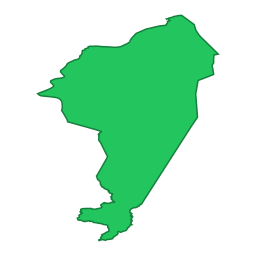 the district of Eyjafjarðarsveit, Norðurland eystra, Iceland
{"feature_id": "244011B64056494481770", "entity_name": "Eyjafjarðarsveit", "entity_type": "district", "adm_level": 2, "iso_a3": "ISL", "parent_name": "Iceland", "parent_adm1": "Norðurland eystra", "projection": "equal_earth", "projection_center": [-18.286, 65.228], "detail": "fine", "context": "isolated", "style": "filled", "palette": "green", "viewbox_px": 256, "rotation_deg": 0, "n_neighbors": 0, "source": "geoboundaries", "source_scale": "gbopen_adm2", "svg_char_len": 5650}
<svg xmlns="http://www.w3.org/2000/svg" viewBox="0 0 256 256"><path d="M77.9,219.7L79.1,220.3L80.0,220.2L81.3,220.3L82.3,220.9L83.4,221.2L83.7,221.4L84.4,221.5L85.7,221.5L86.0,221.3L86.9,221.1L88.1,221.0L88.7,220.8L89.1,220.8L89.5,220.9L89.6,221.3L89.8,221.4L90.7,221.4L91.2,221.3L92.5,221.4L92.7,221.5L92.7,221.8L93.0,222.1L93.8,222.5L96.3,222.7L98.5,223.4L100.8,223.3L101.0,223.4L101.0,223.6L101.5,223.9L102.6,224.1L103.4,224.3L103.8,224.6L104.2,224.7L104.8,224.6L105.7,224.7L106.1,224.9L107.1,225.0L107.6,225.4L107.8,226.4L107.7,227.0L107.7,227.4L108.1,227.8L108.9,229.1L108.9,230.2L108.7,230.6L108.7,231.3L108.4,231.6L107.8,231.8L106.4,232.2L105.5,232.8L105.0,233.2L103.3,234.1L101.9,234.7L102.2,235.0L101.9,235.1L101.9,235.5L102.0,235.7L102.0,235.8L102.1,236.0L101.2,236.6L101.2,236.8L101.0,237.3L100.7,237.6L100.6,238.1L100.8,238.5L101.1,238.7L101.1,238.9L101.0,239.1L100.6,239.3L100.1,239.4L99.8,239.6L99.1,239.7L98.9,239.8L98.7,240.0L99.2,240.6L99.5,240.3L99.9,240.2L101.3,239.9L102.4,239.6L103.1,239.6L103.9,240.0L104.7,240.0L105.1,240.2L105.5,240.3L106.8,239.6L111.7,239.0L111.9,238.8L112.7,238.6L112.9,238.3L113.1,237.5L113.7,237.0L114.6,236.5L115.6,235.6L117.1,234.7L117.6,234.3L117.9,233.7L118.0,232.9L117.6,232.0L117.7,231.8L118.0,231.7L119.1,231.6L120.2,232.2L121.2,232.2L121.9,231.9L122.3,231.6L122.6,231.4L125.7,230.6L126.3,230.3L127.3,228.9L127.6,228.5L127.6,227.8L127.7,227.6L129.0,227.0L129.1,226.6L129.2,226.4L129.7,226.1L129.9,225.5L130.0,225.3L130.7,225.0L131.8,224.7L131.0,224.2L131.2,223.7L131.0,223.4L131.1,223.0L130.9,222.8L130.8,222.5L131.5,221.9L131.2,221.5L131.2,221.3L132.1,220.9L132.2,220.7L131.7,220.2L130.9,219.7L131.5,219.4L131.6,218.4L131.5,217.8L132.2,217.6L132.3,217.2L132.6,216.9L131.9,216.5L130.6,216.2L130.6,215.7L131.7,215.3L131.3,214.9L130.8,214.6L131.0,214.1L131.8,213.8L131.9,213.6L131.4,213.2L129.9,212.6L129.7,212.3L129.7,211.4L130.0,211.1L129.8,210.9L129.8,210.7L130.1,210.4L130.1,209.8L130.3,209.5L130.7,209.2L131.3,209.0L131.5,208.8L132.8,208.2L133.4,207.8L133.9,207.7L135.8,207.6L137.1,207.1L137.8,206.5L138.8,206.3L139.8,205.2L139.6,205.0L139.7,204.8L140.5,204.3L141.4,204.2L191.2,126.5L194.3,121.9L197.5,117.3L195.7,93.9L198.1,80.5L213.6,74.5L213.6,73.9L212.7,68.4L212.1,65.6L212.1,65.1L213.2,63.7L213.6,62.9L213.7,62.4L213.8,61.8L213.5,61.1L213.9,55.0L218.3,54.1L200.2,36.4L199.0,35.0L195.8,30.1L194.2,24.6L181.7,15.4L178.9,15.5L174.7,16.4L173.2,16.6L172.8,17.1L172.5,17.3L170.6,17.6L169.4,18.1L168.7,18.1L168.6,18.3L167.8,18.7L167.0,18.9L166.4,18.9L166.5,19.1L167.9,18.8L168.9,19.6L169.9,20.6L169.6,20.7L169.6,20.8L169.4,21.0L168.7,20.9L168.6,21.1L168.1,21.1L167.4,21.4L167.6,22.0L167.4,23.3L166.6,23.9L166.6,24.3L166.5,24.5L165.9,24.9L165.7,25.1L165.7,25.3L159.3,26.0L146.1,29.1L136.2,33.4L132.1,37.7L131.4,38.7L130.5,39.9L130.2,40.4L129.8,41.7L129.6,42.1L127.0,43.8L124.6,44.8L121.2,46.5L119.2,46.9L117.4,47.2L114.0,47.3L107.4,46.8L103.5,46.7L98.3,46.3L97.0,46.1L94.0,46.2L92.7,46.4L91.1,46.2L89.3,46.4L88.1,46.8L88.0,47.1L88.2,47.5L88.1,48.0L85.6,48.6L84.9,49.0L85.0,49.9L83.1,50.3L82.5,50.5L82.2,51.0L82.3,51.7L82.2,52.8L81.7,54.0L80.7,55.5L80.0,55.8L79.8,56.0L79.7,56.4L79.9,57.2L79.5,57.9L79.0,58.4L78.1,59.1L77.6,59.3L74.4,60.1L72.5,61.0L69.8,62.2L67.7,63.4L67.0,64.2L66.2,65.7L66.0,66.1L63.7,68.2L60.8,70.4L60.6,70.8L60.5,71.3L60.8,72.2L61.3,72.9L64.4,76.1L64.5,76.7L64.2,77.0L62.9,77.6L61.5,78.0L55.5,78.8L54.0,79.3L52.3,80.1L51.4,80.4L50.8,80.8L50.6,81.2L50.5,81.8L50.7,82.5L52.3,84.0L53.2,84.9L53.7,86.0L53.5,86.5L51.3,88.0L49.2,89.1L45.6,90.6L40.5,92.5L37.7,93.7L39.4,95.1L40.0,95.4L40.7,95.7L42.9,96.0L50.9,96.8L55.8,97.5L56.9,97.7L58.4,98.3L59.3,98.7L60.2,99.4L61.7,101.5L62.0,102.4L62.2,105.4L62.3,106.9L62.0,109.5L61.6,110.5L63.3,113.0L67.2,119.8L67.6,121.8L96.3,129.8L100.6,131.2L101.0,131.3L101.4,131.8L101.2,132.1L100.5,132.3L99.8,132.8L98.7,133.8L98.4,134.3L99.3,134.7L99.3,134.9L99.3,135.1L98.8,135.5L98.8,140.4L100.6,142.7L107.6,156.8L96.9,175.6L96.5,176.0L97.7,179.7L98.8,180.1L99.1,180.5L99.4,181.2L99.9,181.6L100.1,181.9L100.4,182.7L100.3,183.8L100.4,184.1L100.5,184.5L100.8,184.6L100.9,184.8L100.9,185.2L101.2,185.3L101.4,185.7L101.5,186.1L101.8,186.5L101.9,186.9L102.4,187.1L103.0,187.2L103.7,187.4L103.8,187.5L103.8,187.9L104.1,188.4L104.9,188.5L105.2,189.0L105.6,189.2L106.2,189.4L107.2,189.4L107.6,189.8L107.6,190.0L108.9,190.4L109.2,190.7L108.9,191.1L108.4,191.3L108.3,191.5L108.4,191.8L108.6,191.9L109.1,192.0L109.6,192.3L109.6,192.6L109.5,192.8L109.6,193.1L110.5,193.2L111.6,193.7L112.3,193.7L112.6,194.0L112.5,194.4L111.6,195.3L111.7,195.8L111.7,196.4L111.4,196.7L110.8,197.0L111.0,197.3L111.5,197.6L111.8,198.0L111.6,198.3L111.8,198.8L111.3,199.0L111.3,199.3L112.6,200.2L112.7,200.5L113.1,201.1L113.7,201.3L113.8,201.5L114.5,201.8L114.6,202.1L114.3,202.3L114.1,202.4L112.7,202.3L112.2,202.2L111.1,202.4L110.7,202.8L110.0,202.9L109.6,203.2L108.8,203.3L108.2,203.3L107.2,203.4L106.4,203.1L105.2,203.1L104.9,202.9L104.8,202.7L104.7,202.6L104.0,202.8L103.3,203.1L103.5,203.5L103.1,203.5L102.6,203.7L102.3,204.0L101.7,204.2L101.0,204.7L100.8,205.3L101.0,205.6L101.0,205.8L101.3,206.0L102.0,206.8L102.0,207.0L101.4,207.6L100.1,208.2L98.8,208.4L95.6,209.1L94.8,209.3L94.1,209.2L93.8,209.1L93.3,209.1L92.2,208.9L91.3,208.5L90.5,208.4L87.8,208.5L86.6,208.4L86.0,208.6L84.2,208.5L83.6,208.6L82.8,208.6L82.3,208.8L81.6,208.9L80.7,209.5L80.7,210.3L80.7,210.5L81.2,210.8L81.3,211.0L81.2,211.2L80.5,211.6L80.8,211.8L80.9,212.0L80.4,212.4L80.5,212.6L81.6,212.7L82.2,213.1L82.1,213.3L82.0,213.5L81.5,213.6L80.4,214.4L79.3,215.0L79.0,215.5L79.3,215.7L79.4,216.8L79.1,217.2L78.2,217.6L77.9,217.9L77.3,218.2L77.9,219.7Z" fill="#22c55e" stroke="#15803d" stroke-width="1.5"/></svg>